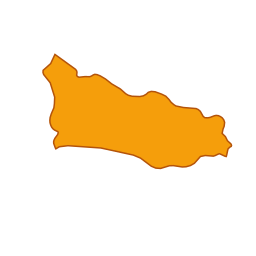 map outline of Jijel (Albers equal-area conic projection), rotated 205°
{"feature_id": "DZA-2165", "entity_name": "Jijel", "entity_type": "Province", "adm_level": 1, "iso_a3": "DZA", "parent_name": "Algeria", "parent_adm1": "", "projection": "albers", "projection_center": [5.919, 36.73], "detail": "fine", "context": "isolated", "style": "filled", "palette": "amber", "viewbox_px": 256, "rotation_deg": 205, "n_neighbors": 0, "source": "natural_earth", "source_scale": "10m", "svg_char_len": 1390}
<svg xmlns="http://www.w3.org/2000/svg" viewBox="0 0 256 256"><g transform="rotate(205 128 128)"><path d="M26.9,143.7L28.0,143.4L34.0,143.4L34.9,142.8L37.4,139.8L38.7,138.6L46.4,135.7L50.3,132.8L52.9,124.1L55.5,120.4L59.0,117.4L62.4,115.6L70.9,113.1L74.5,111.3L81.4,105.1L85.9,103.4L90.7,103.2L104.0,106.0L111.8,105.7L144.2,98.4L174.9,86.6L182.3,82.0L184.6,78.6L185.5,79.3L188.8,82.6L189.6,84.1L189.9,85.5L189.9,87.8L189.0,92.3L189.2,94.2L189.9,95.0L193.8,95.1L195.8,95.6L197.7,96.6L199.4,98.1L200.9,99.8L202.1,102.0L203.0,104.6L203.5,108.4L203.7,115.0L205.0,119.0L207.5,125.0L217.6,136.1L227.0,140.8L228.5,142.4L229.3,144.4L225.3,153.7L225.3,163.8L200.3,159.0L198.6,158.0L197.8,156.9L196.7,153.9L195.5,153.3L193.9,153.3L188.7,156.4L184.4,158.3L183.1,159.6L182.0,161.3L180.8,162.6L178.6,163.3L175.2,163.5L169.1,162.9L161.5,161.1L151.3,160.1L144.6,158.1L141.6,157.8L137.7,158.5L130.6,161.5L127.7,163.6L125.7,166.4L124.7,168.9L122.4,171.0L118.7,172.3L111.9,172.9L107.2,172.8L102.8,171.1L99.8,169.5L96.2,168.5L93.9,168.2L86.4,170.0L74.5,174.4L72.1,174.4L69.6,173.7L64.8,170.3L62.7,169.8L59.9,171.0L58.1,172.3L55.0,175.5L53.4,176.7L51.2,177.4L48.9,177.4L46.8,177.0L44.6,175.8L42.8,173.9L41.6,170.2L41.4,167.1L40.4,162.9L36.0,161.3L32.5,158.5L27.8,157.0L26.8,156.0L26.7,154.9L27.6,153.7L28.2,152.2L28.5,151.2L27.1,145.0L26.9,143.7Z" fill="#f59e0b" stroke="#b45309" stroke-width="1.5"/></g></svg>